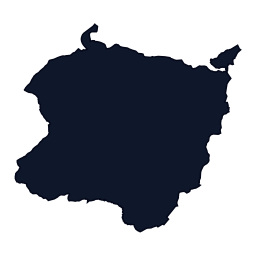 the district of Cosbuc, Bistrita-Nasaud, Romania
{"feature_id": "2599482B13321846656416", "entity_name": "Cosbuc", "entity_type": "district", "adm_level": 2, "iso_a3": "ROU", "parent_name": "Romania", "parent_adm1": "Bistrita-Nasaud", "projection": "robinson", "projection_center": [24.4, 47.372], "detail": "fine", "context": "isolated", "style": "filled", "palette": "ink", "viewbox_px": 256, "rotation_deg": 0, "n_neighbors": 0, "source": "geoboundaries", "source_scale": "gbopen_adm2", "svg_char_len": 5683}
<svg xmlns="http://www.w3.org/2000/svg" viewBox="0 0 256 256"><path d="M200.2,185.2L199.2,184.8L198.9,184.4L198.8,183.9L199.3,182.6L199.2,181.1L199.4,179.9L200.2,178.1L200.5,172.9L200.6,172.1L201.1,170.3L203.0,166.3L203.6,165.6L204.9,164.6L206.7,163.6L208.0,162.2L208.8,160.8L208.8,159.0L208.5,157.9L208.9,156.8L209.1,155.3L208.9,154.6L207.5,153.3L207.2,152.5L206.8,150.6L205.5,147.2L205.5,146.6L205.8,145.7L206.2,145.0L206.5,143.1L208.5,140.8L209.0,137.2L210.2,135.4L211.1,134.6L213.4,133.9L217.8,134.2L218.9,134.1L219.3,133.7L220.6,133.1L220.4,132.4L220.1,130.3L220.2,129.4L221.1,127.7L220.5,123.6L220.6,122.4L220.9,120.0L221.9,118.3L222.3,115.8L223.7,114.2L224.6,113.9L225.9,113.7L227.3,112.5L228.9,111.7L228.6,111.1L228.5,110.7L228.8,109.2L228.7,108.6L229.0,107.9L227.8,107.6L228.1,106.4L228.0,105.2L227.3,102.6L226.7,102.7L224.6,101.8L225.5,100.2L226.8,96.2L225.4,93.3L226.9,83.8L227.9,82.4L227.9,82.0L230.8,78.4L227.3,73.4L226.9,71.8L227.5,70.4L227.5,69.3L227.6,68.4L227.5,66.0L228.0,65.0L228.6,64.8L228.7,64.0L230.4,63.8L232.3,64.5L233.3,64.2L233.0,63.3L232.7,60.8L232.9,59.8L233.3,58.7L234.7,58.3L234.9,57.3L235.7,56.2L236.9,53.6L237.8,52.3L240.6,49.8L239.3,48.9L237.6,45.3L231.2,49.2L230.2,49.6L229.7,49.6L228.7,50.1L227.5,50.0L226.0,50.6L224.0,52.6L221.2,53.2L221.0,53.9L219.4,54.9L218.2,56.7L218.0,57.5L217.1,58.2L215.7,58.7L215.2,58.5L212.9,59.7L212.4,59.7L211.4,59.2L210.8,59.3L210.6,60.2L210.6,60.6L210.8,61.1L211.4,62.0L210.6,62.5L211.7,64.2L212.2,64.4L214.4,66.3L215.0,66.5L215.1,67.0L216.0,67.8L217.7,67.8L219.0,68.2L219.5,68.1L219.9,67.7L221.4,67.2L225.6,67.2L225.7,69.2L226.5,71.7L223.9,71.5L222.8,72.3L218.3,70.7L216.8,71.9L214.6,71.9L213.1,71.6L211.9,71.0L210.8,71.1L208.1,69.0L206.3,66.8L204.7,66.2L200.9,66.3L199.6,66.0L198.0,66.9L196.0,68.2L193.1,68.9L192.2,68.5L190.7,65.8L188.3,66.0L183.8,63.8L181.5,60.1L176.7,60.5L176.0,60.4L174.6,60.1L172.2,59.0L170.6,58.5L170.0,57.7L164.9,56.9L158.2,56.5L153.8,57.1L152.5,56.7L150.5,57.4L144.7,56.9L143.4,55.8L143.1,54.3L141.7,53.8L138.1,53.5L135.7,51.2L132.2,50.2L129.1,49.0L127.5,48.1L122.5,47.4L120.0,46.7L118.2,44.9L116.2,44.4L115.0,44.7L112.3,46.8L110.1,48.2L106.7,48.9L105.9,47.5L105.0,45.0L104.3,44.2L101.5,42.9L99.6,42.2L97.2,41.7L94.7,41.5L94.4,40.8L92.2,40.7L90.3,41.4L90.1,38.8L89.8,38.0L89.4,35.9L89.3,33.4L91.4,31.7L96.4,31.7L96.9,31.0L97.5,26.4L95.2,24.8L94.8,24.3L93.1,26.3L84.0,33.2L82.6,34.8L81.7,37.0L81.4,38.7L81.4,39.5L81.7,41.4L82.4,43.2L83.6,45.1L87.2,49.3L84.5,50.3L83.8,49.7L82.4,50.5L81.8,51.2L79.2,49.6L78.6,48.9L78.2,49.1L75.0,52.5L73.2,53.0L71.2,54.8L69.9,55.5L66.2,55.8L64.5,56.2L63.0,56.0L60.4,56.7L57.9,57.6L54.1,59.3L50.0,60.3L49.3,60.6L47.9,63.8L46.9,64.9L45.4,66.0L44.1,67.7L40.6,70.6L38.8,72.6L36.1,74.2L35.0,75.4L34.3,75.9L31.9,79.8L30.8,82.1L30.0,83.5L27.6,85.6L25.7,87.9L25.2,88.8L24.5,89.9L24.9,90.4L25.7,90.6L26.5,91.2L28.7,92.2L32.6,92.8L33.3,93.5L35.6,94.7L37.8,97.2L38.4,98.0L38.2,99.6L38.5,100.2L38.5,102.1L38.8,102.7L38.8,103.3L40.4,104.6L40.1,106.6L40.4,108.6L40.3,109.2L39.9,109.6L41.7,113.6L43.3,115.5L44.2,117.4L45.4,118.6L47.1,121.1L47.7,120.8L49.8,122.6L50.1,124.3L48.6,125.0L48.8,126.9L48.9,131.2L49.0,132.0L49.6,132.7L49.6,133.0L48.8,133.8L48.9,134.0L48.5,134.5L48.2,135.7L47.6,135.9L47.0,136.6L45.9,137.5L43.2,138.9L41.6,141.1L40.6,141.8L39.6,143.0L38.3,144.9L35.1,147.2L33.5,148.6L33.0,149.2L32.3,150.5L30.9,151.9L30.2,152.4L28.1,153.4L26.4,155.1L25.2,156.8L24.6,156.5L23.6,157.0L22.8,157.6L20.0,158.9L17.3,160.6L17.3,162.3L17.9,164.0L17.9,164.4L18.2,165.0L19.9,166.8L20.1,167.6L18.5,170.8L17.4,171.7L15.8,173.6L15.6,175.5L15.4,176.1L15.4,177.8L15.4,178.7L16.0,180.2L17.0,181.9L17.5,181.8L17.8,181.9L19.2,182.8L19.9,182.9L21.0,182.6L21.8,182.1L22.5,182.8L23.2,182.8L25.2,183.3L26.8,184.0L26.7,185.1L27.1,186.5L27.7,187.1L28.5,188.4L29.4,189.4L30.5,191.9L33.0,193.6L36.6,193.4L38.1,194.4L39.4,195.9L41.5,196.4L43.6,198.3L45.5,197.9L46.8,198.8L47.9,199.8L48.3,200.4L54.3,198.8L57.6,196.9L58.5,195.9L61.0,194.6L61.8,194.8L64.3,195.0L66.7,193.7L69.0,193.7L69.4,195.0L68.6,196.0L68.4,196.4L68.1,198.3L68.5,199.8L69.2,200.8L70.0,200.6L72.3,200.6L75.3,201.1L77.1,200.7L78.8,200.8L79.2,200.8L82.3,199.1L85.7,198.6L86.5,199.0L86.4,199.1L86.7,199.1L87.8,199.6L87.5,202.2L89.5,200.5L90.1,200.8L92.1,200.5L94.4,199.9L95.3,199.2L97.4,199.1L98.5,198.8L99.4,199.4L99.8,199.4L100.1,199.0L100.6,199.0L101.0,199.8L101.5,199.9L102.3,199.9L103.0,200.1L104.0,199.6L104.0,200.4L104.6,200.7L105.9,200.0L108.2,201.6L111.0,201.8L111.2,202.3L111.5,202.5L112.5,202.4L113.6,203.1L113.7,203.4L116.3,204.0L117.1,203.9L118.5,204.9L119.3,206.0L119.9,206.3L121.0,206.2L121.2,206.7L121.1,207.1L121.3,207.4L122.6,207.7L123.1,208.1L122.7,208.7L122.6,209.2L123.1,209.8L123.2,210.5L122.7,211.1L122.7,211.3L123.0,211.8L123.0,212.1L122.7,212.3L123.0,213.0L123.3,213.2L123.6,213.9L123.3,214.4L122.6,214.7L123.1,216.1L122.6,216.5L122.3,217.2L122.6,218.4L123.0,218.7L123.0,219.6L123.3,219.7L123.6,220.3L123.4,220.9L124.5,221.6L124.3,222.0L124.9,222.7L125.1,223.1L125.8,222.8L126.1,222.8L126.0,223.3L126.2,223.6L127.2,223.6L127.6,224.4L129.4,224.2L130.4,224.6L132.5,224.4L134.0,224.7L134.2,224.9L134.4,226.1L134.8,227.2L135.2,227.6L135.6,228.7L136.2,229.4L138.0,230.7L138.4,230.7L138.7,230.5L138.9,230.9L139.0,230.8L140.1,231.7L142.2,230.7L144.7,229.2L146.9,228.1L151.1,227.8L153.1,226.9L156.7,225.7L157.9,226.8L162.5,224.0L163.9,224.6L168.5,219.2L166.7,217.2L175.5,206.2L177.5,205.8L176.9,204.1L176.7,202.7L177.0,201.1L178.3,197.8L178.2,196.7L178.4,196.0L178.5,194.0L179.2,192.2L182.0,191.5L183.9,191.3L185.0,191.6L186.8,192.9L188.3,192.2L189.4,191.5L189.8,191.1L190.2,189.4L190.8,189.1L193.0,188.7L193.3,188.4L195.8,188.0L199.0,186.2L200.2,185.2Z" fill="#0f172a" stroke="#020617" stroke-width="1.5"/></svg>